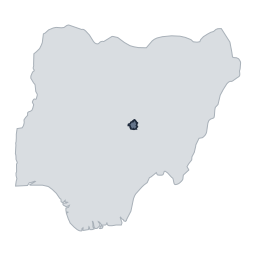 location of Bokkos, Plateau, Nigeria
{"feature_id": "59680162B1032840889978", "entity_name": "Bokkos", "entity_type": "district", "adm_level": 2, "iso_a3": "NGA", "parent_name": "Nigeria", "parent_adm1": "Plateau", "projection": "robinson", "projection_center": [8.917, 9.236], "detail": "fine", "context": "in_parent", "style": "filled", "palette": "slate", "viewbox_px": 256, "rotation_deg": 0, "n_neighbors": 0, "source": "geoboundaries", "source_scale": "gbopen_adm2", "svg_char_len": 4877}
<svg xmlns="http://www.w3.org/2000/svg" viewBox="0 0 256 256"><path d="M221.3,28.6L229.9,42.1L231.8,52.1L232.5,57.0L233.9,57.6L236.6,57.8L238.6,58.8L239.8,60.5L240.5,62.0L240.6,62.9L240.1,68.9L239.5,71.0L239.8,74.0L239.7,75.3L239.4,76.1L238.2,77.1L236.6,78.1L232.7,80.9L231.6,81.4L230.0,81.4L228.6,82.1L226.9,83.7L223.3,89.4L220.2,95.2L218.0,104.5L215.3,107.4L214.8,110.0L214.4,115.8L214.0,117.5L213.5,118.0L210.6,119.1L208.9,120.5L207.9,123.1L206.6,132.0L206.1,133.5L205.2,135.1L203.7,136.7L202.4,137.7L199.0,138.3L195.8,145.0L195.7,146.2L194.3,152.3L191.9,156.9L191.7,159.9L188.6,163.9L187.0,166.7L188.7,169.6L188.8,170.0L183.5,174.9L183.2,175.7L182.9,179.0L182.5,179.9L181.5,181.2L180.1,182.5L178.7,183.6L177.0,184.3L175.4,184.6L174.5,184.2L174.0,183.2L173.1,179.0L172.7,178.1L171.6,177.3L167.5,172.8L165.1,171.2L164.5,171.3L164.1,171.7L163.4,174.0L162.7,174.9L161.4,175.2L159.1,175.2L157.5,174.9L157.1,174.4L156.3,172.6L151.2,176.8L149.4,177.7L147.2,182.6L144.0,185.0L141.8,187.1L135.8,193.8L134.6,195.8L133.5,198.7L130.9,211.2L126.8,219.1L126.3,220.7L126.1,220.7L125.5,221.4L123.9,220.9L123.2,219.5L122.2,219.2L120.5,217.1L120.2,217.5L122.0,222.8L121.3,225.0L116.3,225.0L112.0,225.7L109.0,225.7L107.5,224.9L106.9,222.9L106.6,223.1L106.5,224.2L105.5,225.0L102.2,225.2L100.7,223.8L99.5,222.2L98.3,221.6L98.5,222.2L99.9,223.7L99.7,225.9L97.1,228.4L95.4,228.5L94.3,227.5L93.8,225.7L93.5,223.1L92.8,221.4L92.4,221.4L92.9,224.2L92.9,226.9L94.2,228.9L92.2,229.6L89.9,229.6L89.6,228.9L89.3,227.2L88.9,226.7L88.4,229.6L83.6,230.4L82.9,230.3L82.7,229.8L83.1,229.0L83.0,227.7L81.9,228.7L81.8,230.7L81.2,231.0L79.3,230.7L77.3,229.7L74.1,227.1L70.1,223.0L69.4,221.2L68.3,218.9L66.2,212.7L66.6,212.4L67.5,212.8L68.0,212.2L66.3,211.7L66.0,211.3L65.9,209.9L65.9,208.2L68.5,207.3L69.0,206.3L69.4,205.3L66.3,206.8L63.4,205.1L62.8,204.0L63.1,203.2L66.4,203.1L67.6,202.3L66.9,202.1L65.6,202.1L65.1,201.6L65.2,200.3L64.8,200.6L64.2,201.7L62.3,202.5L61.1,201.7L61.0,199.8L60.8,199.0L59.8,198.4L56.4,193.4L52.1,189.3L48.3,186.5L42.5,185.2L30.4,185.2L29.7,184.8L30.5,184.2L31.5,183.8L35.4,181.5L34.8,181.2L30.7,182.6L29.3,182.7L27.5,185.5L15.6,186.1L15.7,184.8L16.2,181.2L16.9,178.7L16.1,175.7L16.0,173.0L16.5,172.1L16.6,171.1L16.5,164.1L17.2,163.0L17.2,162.3L16.0,159.3L16.0,157.0L15.8,154.8L15.4,153.8L15.9,145.2L15.7,143.1L16.1,141.6L16.3,137.9L16.3,134.3L17.1,128.6L22.2,127.8L23.5,125.6L24.2,122.7L24.0,119.9L25.6,117.5L27.6,115.3L27.6,112.9L28.1,112.2L29.1,111.6L30.4,111.3L32.0,110.1L32.8,108.1L33.7,104.7L32.4,102.4L32.4,101.9L32.9,100.6L33.7,99.4L34.3,99.0L35.8,99.3L36.3,98.8L37.3,95.1L37.2,94.1L35.8,91.6L35.1,85.0L34.7,84.1L33.6,82.9L30.8,78.2L30.9,76.0L32.1,73.1L32.9,71.7L34.0,71.0L34.2,70.3L33.9,69.5L33.3,68.9L33.2,67.6L33.7,65.9L33.6,63.9L33.9,53.8L36.2,51.9L39.6,48.6L41.3,45.2L42.3,42.6L43.4,33.9L45.2,33.0L48.6,29.9L53.2,28.0L56.2,27.4L61.4,27.8L64.0,27.5L66.3,25.8L67.3,25.3L68.7,25.0L81.7,29.5L82.9,29.3L83.9,29.6L85.5,30.8L89.4,35.0L93.4,41.4L94.6,42.8L95.9,43.6L97.2,43.9L98.1,43.8L99.1,43.1L100.3,41.9L102.2,41.3L103.8,41.5L111.9,36.5L112.7,36.4L117.7,37.5L124.4,42.5L130.0,45.7L133.9,46.8L138.5,47.6L146.3,47.8L152.2,40.9L154.3,39.3L157.0,38.0L162.4,36.7L171.5,35.8L180.0,36.2L185.3,37.4L190.9,39.6L193.3,41.8L197.1,42.2L199.8,41.7L200.7,39.6L203.4,36.7L207.5,34.1L210.8,32.3L213.5,31.5L216.0,29.4L217.9,28.7L221.3,28.6ZM102.5,228.0L100.7,228.6L99.5,228.5L101.1,225.6L102.0,226.2L103.0,226.5L102.5,228.0Z" fill="#d9dde1" stroke="#a8b0b8" stroke-width="1"/><path d="M128.2,125.2L128.3,125.4L128.3,125.5L128.5,125.5L128.8,125.6L129.0,125.6L129.4,125.7L129.7,125.7L129.8,125.7L129.9,125.8L130.1,125.9L130.2,126.0L130.3,126.1L130.3,126.4L130.3,126.5L130.2,126.9L130.2,127.0L130.2,127.4L130.3,127.5L130.5,127.7L130.5,127.8L130.8,127.8L130.8,128.0L130.8,128.3L130.7,128.5L130.8,128.8L131.0,128.9L131.1,129.0L131.3,129.0L131.6,129.0L131.9,129.0L132.1,129.0L132.3,129.1L132.5,129.1L132.8,129.2L133.0,129.2L133.3,129.3L133.6,129.3L133.8,129.3L133.8,129.2L133.9,129.3L134.0,129.3L134.3,129.3L134.4,129.2L134.5,129.2L134.8,129.2L135.0,129.1L135.4,129.0L135.5,129.0L135.8,129.0L136.2,129.0L136.0,128.7L136.2,128.2L136.6,127.8L136.6,127.6L136.7,127.4L137.4,126.8L137.1,126.5L137.1,126.2L136.9,126.1L136.7,125.6L136.4,125.5L136.5,125.3L136.8,124.6L136.9,124.0L136.8,123.7L136.7,123.5L136.8,123.4L137.0,123.2L137.3,123.1L137.5,123.0L137.5,122.9L137.4,122.8L137.2,122.7L136.9,122.5L136.4,122.5L136.4,122.1L136.2,122.0L136.1,121.8L136.1,121.5L135.9,121.5L135.5,121.1L135.4,120.8L135.0,120.6L134.9,120.3L135.0,120.2L134.9,120.1L134.8,119.9L134.5,119.8L134.4,119.9L134.4,120.1L134.2,120.3L134.1,120.2L133.9,120.1L133.7,120.4L133.6,120.5L133.4,120.7L133.2,120.9L133.2,121.0L133.0,120.8L132.8,120.9L132.5,121.2L132.3,121.6L132.2,121.9L131.8,121.9L131.7,121.9L131.1,122.1L130.9,122.2L130.7,122.5L130.3,123.7L128.5,124.2L128.2,125.2Z" fill="#64748b" stroke="#1e293b" stroke-width="1.5"/></svg>